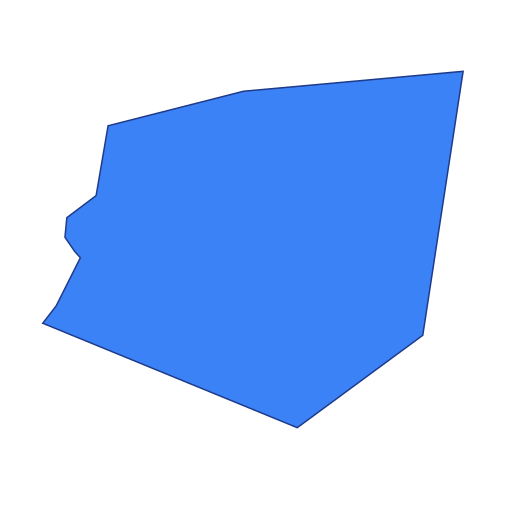 SVG path tracing the border of Iloilo, rotated 177°
{"feature_id": "PHL-5526", "entity_name": "Iloilo", "entity_type": "Highly Urbanized City", "adm_level": 1, "iso_a3": "PHL", "parent_name": "Philippines", "parent_adm1": "", "projection": "albers", "projection_center": [122.575, 10.743], "detail": "fine", "context": "isolated", "style": "filled", "palette": "blue", "viewbox_px": 512, "rotation_deg": 177, "n_neighbors": 0, "source": "natural_earth", "source_scale": "10m", "svg_char_len": 324}
<svg xmlns="http://www.w3.org/2000/svg" viewBox="0 0 512 512"><g transform="rotate(177 256 256)"><path d="M472.5,200.0L458.2,216.6L431.5,263.4L436.9,270.2L445.8,284.7L442.9,304.2L412.5,324.7L396.9,393.8L259.8,421.2L39.5,429.6L93.6,168.1L223.8,82.4L472.5,200.0Z" fill="#3b82f6" stroke="#1e3a8a" stroke-width="1.5"/></g></svg>